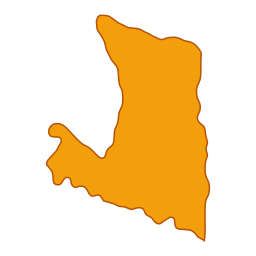 outline of Villa Bisonó, Santiago, Dominican Republic
{"feature_id": "3306468B37188297910356", "entity_name": "Villa Bisonó", "entity_type": "district", "adm_level": 2, "iso_a3": "DOM", "parent_name": "Dominican Republic", "parent_adm1": "Santiago", "projection": "mercator", "projection_center": [-70.869, 19.575], "detail": "fine", "context": "isolated", "style": "filled", "palette": "amber", "viewbox_px": 256, "rotation_deg": 0, "n_neighbors": 0, "source": "geoboundaries", "source_scale": "gbopen_adm2", "svg_char_len": 3400}
<svg xmlns="http://www.w3.org/2000/svg" viewBox="0 0 256 256"><path d="M99.8,15.4L98.7,16.2L97.7,17.3L97.1,18.8L96.4,21.4L96.8,26.8L97.1,28.6L97.6,30.3L98.4,31.7L100.4,34.2L104.0,40.7L104.7,42.5L105.8,47.5L106.3,49.5L110.6,58.3L111.7,60.1L115.7,65.1L116.9,66.9L117.3,67.9L117.7,68.9L118.1,71.1L118.7,80.1L119.2,83.4L119.8,85.4L121.8,89.7L122.5,92.9L122.7,95.2L122.8,98.6L122.7,102.0L122.4,104.3L121.8,106.4L119.8,110.7L119.1,112.6L118.7,114.8L118.1,120.5L117.6,122.7L117.0,124.7L115.4,128.1L114.8,130.1L114.3,133.4L114.0,140.0L113.4,143.1L112.6,144.8L112.0,145.4L108.7,148.2L107.1,150.3L106.4,151.9L105.5,155.2L104.9,156.7L104.3,157.4L103.5,157.8L102.7,158.1L101.8,158.1L100.9,158.0L99.3,157.3L97.9,156.1L91.8,150.0L89.4,147.9L87.7,146.8L83.1,144.5L80.6,142.6L75.9,138.0L66.8,128.4L63.6,125.6L61.7,124.5L59.7,123.9L56.6,123.6L54.5,123.9L53.5,124.3L51.8,125.3L50.4,126.7L49.4,128.3L49.0,129.3L48.7,131.3L48.9,133.3L49.2,134.2L49.7,135.0L50.3,135.8L51.1,136.3L51.9,136.6L53.7,136.9L58.1,137.0L59.7,137.5L60.4,138.1L60.9,138.8L61.2,139.7L61.3,140.6L61.2,141.5L60.6,143.1L58.8,146.1L57.5,148.8L56.5,150.6L54.5,153.0L49.5,158.3L47.7,160.5L46.9,162.1L46.7,162.9L46.6,164.6L50.6,169.5L51.8,171.4L52.2,172.4L52.5,173.4L52.9,175.4L53.2,180.3L53.6,182.0L53.9,182.9L54.5,183.6L55.3,184.2L56.1,184.5L57.9,184.8L59.6,184.5L60.4,184.1L61.1,183.6L61.6,183.0L63.2,180.2L64.8,178.3L66.2,177.5L67.1,177.3L68.0,177.4L68.8,177.6L69.6,178.1L70.1,178.7L70.5,179.4L71.1,182.6L71.6,184.3L72.5,185.7L73.8,186.8L75.2,187.3L76.0,187.3L79.6,186.2L81.4,186.1L83.2,186.4L84.0,186.8L85.5,187.9L86.7,189.3L87.2,190.0L88.8,193.3L89.9,194.6L90.5,195.2L91.9,196.0L92.6,196.1L94.0,196.0L96.7,195.1L98.3,195.1L99.1,195.3L99.9,195.6L100.5,196.2L103.7,200.9L112.7,203.4L118.7,206.1L120.6,206.5L124.0,206.8L125.6,207.2L128.9,208.7L130.6,209.3L132.4,209.3L136.1,208.1L137.9,207.8L139.7,207.7L141.5,208.1L143.0,208.9L143.6,209.6L144.3,211.0L145.2,213.1L146.0,214.5L147.3,215.4L150.3,216.9L151.6,217.8L154.9,222.0L156.6,223.2L157.5,223.6L159.2,223.8L160.8,223.4L163.7,221.1L169.2,217.7L171.0,217.3L171.9,217.3L172.7,217.6L173.4,218.1L174.0,218.8L174.4,219.6L174.7,221.4L175.0,224.2L175.4,226.0L175.7,226.9L176.3,227.7L177.0,228.3L177.9,228.7L179.8,229.2L188.4,229.8L190.5,230.2L191.5,230.6L192.5,231.2L194.3,232.5L195.7,234.1L197.2,236.2L198.5,237.3L204.4,240.6L204.9,235.0L205.1,231.4L205.0,209.8L205.3,203.9L205.6,201.6L206.2,199.4L208.2,195.2L208.8,193.2L209.2,191.0L209.4,187.5L209.1,184.1L208.5,181.9L206.5,177.7L205.8,175.7L205.3,173.5L205.1,170.1L205.1,165.5L205.5,162.2L206.0,160.1L207.1,156.9L207.4,155.3L207.2,153.7L206.3,150.6L206.1,148.8L206.3,147.0L207.4,143.1L207.4,141.5L205.9,136.3L205.0,129.8L204.4,127.8L203.5,126.1L202.9,125.5L200.3,123.5L198.6,121.6L197.7,120.0L197.4,118.1L197.4,117.1L197.8,115.3L199.3,112.1L199.9,110.3L200.2,108.3L200.3,106.3L199.7,103.3L197.8,99.0L197.1,97.1L196.6,93.7L196.5,90.3L196.8,88.0L197.4,85.8L199.7,80.7L200.5,77.3L200.8,72.6L200.9,59.4L201.3,53.5L200.6,51.8L199.6,49.9L197.6,47.3L196.1,45.7L194.4,44.3L192.7,43.1L191.7,42.6L189.8,41.9L184.8,40.8L183.0,40.1L178.7,38.1L175.7,37.4L172.5,37.3L169.4,37.5L166.5,38.1L162.6,39.5L161.8,39.6L160.1,39.3L153.4,36.4L148.4,33.5L144.8,31.9L141.4,30.0L139.7,29.2L136.7,28.5L129.4,27.8L127.4,27.3L126.5,26.9L122.3,24.7L119.6,23.5L117.8,22.5L111.8,18.0L108.9,16.3L107.1,15.7L104.1,15.4L99.8,15.4Z" fill="#f59e0b" stroke="#b45309" stroke-width="1.5"/></svg>